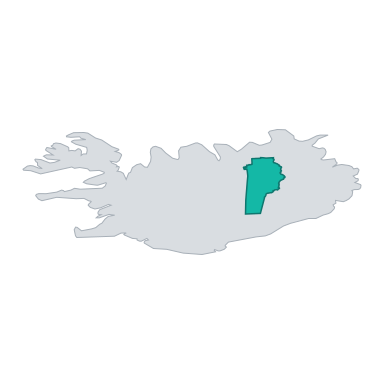 Skútustaðahreppur, Norðurland eystra, Iceland shown in context
{"feature_id": "244011B58365339597746", "entity_name": "Skútustaðahreppur", "entity_type": "district", "adm_level": 2, "iso_a3": "ISL", "parent_name": "Iceland", "parent_adm1": "Norðurland eystra", "projection": "natural_earth1", "projection_center": [-16.6, 65.112], "detail": "fine", "context": "in_parent", "style": "filled", "palette": "teal", "viewbox_px": 384, "rotation_deg": 0, "n_neighbors": 0, "source": "geoboundaries", "source_scale": "gbopen_adm2", "svg_char_len": 7127}
<svg xmlns="http://www.w3.org/2000/svg" viewBox="0 0 384 384"><path d="M299.1,141.1L302.6,141.3L308.4,139.9L316.6,135.9L320.1,135.1L328.1,135.1L318.4,138.9L314.9,143.2L312.2,145.2L312.2,146.2L319.1,148.7L322.4,147.9L323.8,148.2L325.2,149.4L326.1,151.8L325.5,154.3L323.6,156.9L320.9,159.0L321.3,159.6L323.5,160.0L334.7,158.7L336.0,161.8L337.1,162.8L336.8,163.9L332.3,167.2L337.6,165.1L341.8,164.5L348.9,165.5L351.9,166.7L353.6,168.9L357.2,168.2L358.8,169.4L358.9,170.7L357.4,174.2L353.2,176.0L355.7,178.5L357.9,178.6L358.3,179.2L358.1,180.7L354.8,182.5L360.3,184.5L361.0,185.2L360.7,187.5L359.8,188.8L358.1,189.5L354.3,189.6L351.9,190.5L352.7,191.9L352.0,195.7L349.0,198.9L346.1,200.6L343.3,201.7L335.5,200.4L335.9,203.2L333.1,204.8L333.6,206.2L334.6,207.0L334.2,208.8L330.7,212.5L328.1,213.7L323.1,215.1L315.9,218.5L308.6,218.5L290.6,223.3L283.5,226.0L270.7,233.9L265.3,235.9L256.1,236.9L228.4,242.1L225.3,245.2L225.1,245.9L226.4,247.1L224.2,249.3L220.0,250.9L218.1,250.9L214.6,249.5L214.2,250.2L215.6,251.8L202.0,254.5L183.2,253.1L166.7,249.3L153.5,248.5L144.3,243.1L144.1,242.3L145.1,240.7L148.5,240.0L146.9,238.4L141.3,241.2L139.4,241.1L137.1,240.0L137.0,238.8L132.4,238.4L124.4,235.0L123.8,234.3L125.8,233.1L125.4,232.9L121.0,233.1L114.5,236.2L76.8,237.5L75.5,235.8L74.2,229.7L75.6,227.1L77.2,227.4L81.5,230.8L91.6,228.9L95.8,227.6L99.7,224.3L101.9,223.2L105.1,219.0L108.3,216.4L114.7,215.2L109.0,214.4L99.4,217.8L96.2,217.8L97.8,216.3L101.1,214.7L98.8,214.5L98.0,213.8L98.0,212.2L99.7,209.7L111.1,205.2L108.5,204.4L100.6,207.8L94.9,209.0L90.3,207.4L88.2,205.3L88.4,204.4L91.2,201.7L90.8,201.2L88.9,200.9L84.0,198.4L76.1,198.7L56.7,197.3L41.9,200.7L38.4,199.1L35.7,195.7L36.3,194.4L38.9,193.6L46.1,193.7L56.8,192.1L61.6,190.1L63.5,190.6L64.4,191.6L70.9,190.1L74.5,188.3L80.3,189.2L102.3,188.2L105.2,186.0L106.4,183.2L105.9,182.7L97.8,185.2L96.0,185.1L86.7,183.8L83.3,182.3L84.5,181.1L89.5,178.5L102.3,174.2L104.1,173.3L104.3,172.3L99.4,170.4L89.9,170.9L87.6,168.8L79.8,167.5L74.5,168.3L71.8,167.0L40.6,173.9L30.7,170.7L23.6,170.2L23.0,169.2L27.4,166.1L30.2,165.6L33.1,165.9L38.5,168.0L42.2,168.6L37.6,165.5L37.5,162.6L36.1,161.8L34.8,159.8L35.4,159.1L41.0,159.6L49.9,163.0L54.4,162.4L60.2,160.2L47.4,159.0L43.5,156.2L46.4,154.8L53.1,155.0L45.9,150.4L45.6,149.5L46.9,147.5L56.1,149.3L51.4,146.5L51.2,145.9L52.7,145.4L53.5,143.7L55.9,143.0L60.5,143.6L67.7,146.8L68.7,147.7L68.9,150.9L71.7,150.4L75.1,150.9L78.1,148.7L80.0,149.2L81.5,151.2L81.1,155.5L83.1,154.0L86.5,153.9L87.2,150.3L86.7,147.4L75.7,144.2L71.4,141.8L72.0,141.0L74.2,140.2L85.8,139.6L80.9,138.2L79.7,136.8L70.9,137.3L66.5,136.8L66.4,136.0L68.2,135.0L73.6,132.7L83.7,132.5L87.8,133.1L95.5,138.0L101.7,140.0L111.9,146.7L118.6,149.2L118.9,149.9L117.7,150.6L115.1,151.5L119.1,152.7L121.4,154.4L121.6,155.2L119.2,160.5L116.6,162.3L110.4,161.2L111.9,163.0L116.2,164.8L117.2,165.8L116.5,166.8L118.7,166.5L119.3,167.1L118.2,170.1L117.1,171.2L120.8,171.8L123.3,173.3L126.2,179.5L128.0,174.8L128.9,173.0L130.5,172.4L132.4,167.6L136.7,164.7L140.6,163.7L144.6,167.0L147.4,167.3L150.6,161.4L151.1,157.1L150.3,152.3L150.9,148.9L153.0,146.9L155.6,146.3L161.1,148.3L165.7,153.0L172.6,158.2L177.4,159.5L178.3,159.3L179.2,157.6L178.6,150.8L180.9,147.2L186.7,146.3L195.5,143.0L197.5,142.9L201.8,144.8L209.4,151.6L214.9,154.8L217.7,159.9L219.0,160.8L220.2,159.2L220.4,157.0L213.8,146.5L213.7,145.1L214.4,144.0L226.4,144.5L229.1,145.7L237.3,151.7L241.4,149.2L249.6,142.2L252.4,142.4L259.3,145.3L262.0,145.0L270.1,142.4L271.9,139.2L268.4,132.5L269.9,131.1L277.3,129.5L285.4,129.8L293.8,136.0L294.2,138.9L299.1,141.1Z" fill="#d9dde1" stroke="#a8b0b8" stroke-width="1"/><path d="M260.6,157.6L260.6,158.3L255.2,158.5L254.3,158.6L252.5,158.6L251.8,158.8L252.1,164.1L251.5,164.2L251.5,164.3L251.4,164.5L251.2,164.6L250.5,164.8L249.8,164.7L249.6,164.7L249.1,164.7L249.1,164.9L249.0,165.0L247.3,165.2L247.1,165.3L246.8,165.3L246.9,165.9L246.3,166.6L246.2,166.6L246.3,166.7L246.4,166.8L246.5,166.8L246.7,167.0L245.8,167.6L245.6,167.6L245.0,167.8L244.9,167.7L244.7,167.7L244.6,167.4L244.4,167.4L244.2,167.3L244.1,167.2L244.0,167.3L244.0,167.2L243.9,167.2L243.9,167.3L243.7,167.4L243.8,167.5L243.7,167.6L243.7,167.9L243.7,168.0L243.9,168.5L243.9,168.8L244.1,169.0L244.3,169.4L246.8,169.2L247.0,170.2L247.2,170.7L247.8,176.1L247.4,180.2L246.3,193.8L245.8,200.3L245.5,214.0L260.4,213.4L262.5,205.4L264.6,197.4L264.4,197.3L264.4,197.2L264.5,197.1L264.6,196.9L264.8,196.7L265.0,196.5L265.3,196.4L265.5,196.1L265.7,195.7L265.8,195.4L265.9,195.1L265.9,194.8L265.9,194.7L266.0,194.3L266.2,194.0L266.4,193.8L266.6,193.7L266.9,193.5L267.3,193.3L267.8,193.2L268.1,193.1L268.4,193.1L268.8,193.1L269.2,192.9L269.6,192.9L270.0,192.8L270.6,192.7L271.0,192.7L271.5,192.7L271.8,192.6L272.0,192.4L272.4,192.2L272.5,192.0L272.8,191.9L273.0,191.8L273.0,191.7L273.2,191.4L273.4,191.2L273.6,191.1L273.7,190.9L273.8,190.8L273.7,190.7L273.8,190.7L274.1,190.4L274.4,190.1L274.5,190.0L275.2,189.8L275.5,189.8L276.2,189.7L276.7,189.7L277.3,189.6L277.5,189.6L277.7,189.8L277.8,189.6L277.9,189.4L278.0,189.4L278.3,189.2L278.5,189.0L278.6,188.9L278.8,188.7L279.1,188.6L278.9,188.4L279.0,188.3L279.2,188.2L279.3,187.9L279.2,187.8L278.9,187.9L278.7,187.8L278.4,187.7L278.3,187.3L278.4,187.1L278.6,187.0L278.6,186.9L278.7,186.7L278.8,186.4L278.9,186.2L279.0,186.0L278.9,185.7L279.0,185.6L278.9,185.4L278.8,185.2L278.8,184.9L278.9,184.7L279.0,184.4L279.2,184.2L279.1,183.9L278.8,183.6L278.7,183.6L278.6,183.4L278.6,183.2L278.9,183.0L278.9,182.7L278.9,182.4L279.0,182.3L279.1,182.2L279.3,182.0L279.3,181.8L279.4,181.7L279.6,181.6L279.8,181.4L279.9,181.2L280.1,180.9L280.4,180.5L280.5,180.4L281.0,180.2L281.7,180.0L281.8,180.0L281.9,179.9L282.0,179.7L282.3,179.5L282.5,179.4L283.3,179.2L283.5,179.2L283.7,178.9L283.8,178.7L283.8,178.4L284.0,178.1L283.9,178.0L284.0,177.9L284.1,177.7L284.4,177.6L284.6,177.5L284.8,177.5L284.9,177.3L284.8,177.2L285.0,177.0L285.0,176.9L284.9,176.7L284.6,176.5L284.4,176.4L284.5,176.2L284.3,175.9L283.7,175.5L283.6,175.4L283.4,175.2L283.2,175.1L282.8,174.8L282.7,174.7L281.9,174.4L281.1,174.3L281.0,174.2L280.9,174.2L280.7,173.8L280.5,173.6L280.4,173.5L280.3,173.4L280.2,173.2L280.2,172.9L280.1,172.7L280.2,172.4L280.3,172.3L280.5,172.3L280.8,172.3L280.8,172.2L280.7,171.9L280.8,171.8L280.8,171.7L280.8,171.4L281.0,171.2L281.3,171.0L281.4,170.9L281.3,170.7L281.1,170.6L281.0,170.4L281.0,170.2L280.9,170.1L280.6,169.9L280.7,169.6L280.7,169.4L280.8,169.2L280.7,169.0L280.7,168.7L280.9,168.2L281.3,167.9L281.4,167.7L281.5,167.4L281.5,167.2L281.4,166.9L281.1,166.8L280.5,166.5L280.1,166.4L279.7,166.2L279.4,166.0L279.2,165.9L279.3,165.7L279.4,165.4L279.0,165.2L278.9,165.1L278.9,164.9L278.4,164.7L278.1,164.5L277.8,164.3L277.6,164.0L277.5,163.9L277.0,163.8L275.6,163.2L275.4,163.2L275.1,163.0L275.0,162.9L274.8,162.9L274.7,162.8L274.1,162.8L273.9,162.7L273.7,162.6L273.5,162.4L273.4,162.1L273.3,161.4L273.4,161.1L273.5,160.9L273.6,160.7L273.7,160.4L273.9,160.2L274.0,159.9L274.0,159.6L274.0,159.4L273.9,159.2L273.7,159.0L273.4,158.8L273.1,158.7L273.3,158.4L273.3,158.1L273.2,158.1L273.1,157.9L273.2,157.7L266.0,158.1L262.6,157.7L260.6,157.6Z" fill="#14b8a6" stroke="#0f766e" stroke-width="1.5"/></svg>